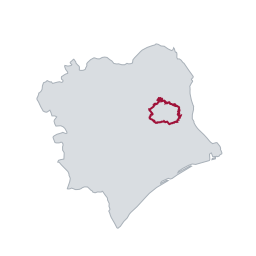 Iffou, N'zi-Comoé, Ivory Coast (highlighted), rotated 334°
{"feature_id": "98640826B12556457947993", "entity_name": "Iffou", "entity_type": "district", "adm_level": 2, "iso_a3": "CIV", "parent_name": "Ivory Coast", "parent_adm1": "N'zi-Comoé", "projection": "mercator", "projection_center": [-4.013, 7.499], "detail": "medium", "context": "in_parent", "style": "outline", "palette": "rose", "viewbox_px": 256, "rotation_deg": 334, "n_neighbors": 0, "source": "geoboundaries", "source_scale": "gbopen_adm2", "svg_char_len": 5288}
<svg xmlns="http://www.w3.org/2000/svg" viewBox="0 0 256 256"><g transform="rotate(334 128 128)"><path d="M63.1,57.5L63.9,57.5L65.9,56.9L67.8,55.5L69.5,52.7L71.9,50.3L74.5,50.5L75.3,50.1L76.2,50.0L77.3,51.5L78.4,52.7L79.2,52.7L79.8,54.9L84.6,55.8L86.7,56.4L88.4,58.0L89.0,58.0L89.8,57.7L90.3,57.1L90.4,56.5L89.7,55.1L90.0,53.8L90.8,52.7L92.0,52.6L93.9,52.3L96.1,52.2L97.7,52.5L98.3,51.3L97.7,48.1L97.8,46.3L98.1,44.8L98.7,44.1L101.1,46.0L103.3,46.7L104.8,46.8L105.3,46.4L104.6,44.3L104.8,43.7L105.4,43.4L106.4,43.2L109.2,42.3L109.5,42.5L110.0,45.7L109.7,46.8L110.3,49.0L111.1,51.1L111.0,51.9L110.4,53.2L109.7,54.4L109.8,54.8L110.9,55.6L113.0,56.5L115.2,56.6L116.4,55.4L117.7,54.5L118.6,53.6L118.9,52.3L120.3,51.4L124.3,50.2L127.9,50.0L128.8,50.4L130.5,52.2L132.6,53.4L135.8,53.3L138.1,54.0L140.1,55.4L141.5,58.4L142.9,60.7L143.6,63.8L145.9,65.5L147.7,66.2L150.2,68.5L152.8,69.7L155.4,69.4L156.6,70.6L158.6,71.4L160.6,71.5L162.3,68.9L164.6,67.8L170.4,65.7L172.7,64.8L175.0,64.2L180.6,64.0L185.8,64.6L188.4,65.1L190.1,64.7L191.8,66.0L193.5,68.6L194.9,69.5L196.4,70.4L197.5,72.4L198.7,74.5L199.4,75.4L201.0,77.4L202.3,77.5L203.6,76.6L204.2,75.9L204.4,77.3L203.9,79.5L204.0,80.8L204.8,81.3L204.4,83.0L202.8,86.0L202.8,87.7L204.3,88.3L205.4,90.1L206.1,93.3L206.7,94.3L206.8,95.0L207.9,102.6L209.2,110.3L208.4,111.3L207.2,111.6L206.4,111.9L206.2,112.6L206.7,113.7L206.4,114.6L204.9,115.3L201.7,117.7L201.5,118.7L200.6,120.8L199.9,122.0L198.8,124.4L197.2,130.6L196.5,135.7L196.5,137.3L195.8,138.4L195.1,140.0L191.6,144.3L189.8,147.9L190.0,149.5L190.1,151.1L189.6,152.2L189.7,155.2L190.1,157.8L190.7,160.2L193.3,167.3L194.6,171.6L195.4,175.0L196.1,177.3L196.8,178.3L197.1,179.1L200.8,179.8L201.6,180.3L202.6,184.8L202.4,186.8L201.7,187.6L201.7,189.3L201.5,191.4L201.0,192.3L198.9,192.4L197.5,193.2L195.6,192.9L195.4,192.3L194.4,192.1L191.6,190.9L192.0,187.0L190.8,186.9L189.7,187.4L187.8,192.1L186.8,192.9L172.9,190.4L169.9,188.5L166.2,188.1L159.9,188.3L154.7,188.9L153.2,190.0L166.4,189.4L167.8,189.5L168.4,190.2L151.8,191.7L145.5,192.7L143.6,192.4L142.2,190.9L135.3,190.7L133.8,191.2L133.0,192.3L135.7,192.1L140.0,192.0L141.1,192.9L127.7,194.0L118.4,196.1L114.5,197.6L101.5,202.7L93.6,205.1L91.5,206.0L87.9,208.5L83.3,210.1L78.1,213.0L75.0,213.7L74.3,212.8L74.2,207.8L73.7,201.1L73.9,198.6L74.3,196.2L74.3,194.2L75.9,193.5L76.3,192.6L76.6,190.0L78.0,187.7L78.1,183.6L78.5,182.7L78.8,181.6L78.2,178.9L77.4,173.8L77.0,173.5L76.6,173.7L75.8,173.8L72.5,172.1L70.0,171.8L68.3,170.2L68.1,168.5L67.3,167.5L66.7,165.6L65.8,163.3L63.3,161.9L61.0,161.6L59.3,161.9L57.4,161.8L55.2,161.0L53.6,160.2L52.2,158.5L50.8,157.2L49.8,157.3L48.5,157.0L47.2,156.4L46.8,156.0L52.1,150.7L54.0,148.1L54.2,146.5L54.2,144.9L54.8,143.3L54.9,140.8L51.9,131.7L51.2,128.9L50.4,128.1L49.9,127.8L51.4,126.6L53.5,126.9L56.7,127.8L57.3,126.9L59.8,122.3L59.7,120.6L59.5,119.4L60.9,116.3L62.0,115.1L62.6,113.8L62.4,112.0L61.5,111.3L60.4,111.4L59.1,111.0L57.1,110.0L56.0,109.1L56.3,104.9L56.5,103.6L57.2,102.9L58.4,102.7L61.5,102.5L64.1,103.0L66.3,103.3L67.5,103.3L68.5,104.5L69.8,105.8L70.9,105.8L71.3,104.8L71.1,100.7L70.3,98.6L68.6,96.5L64.1,94.7L64.0,92.2L64.5,89.5L65.4,88.5L68.8,86.8L68.2,85.8L67.1,84.8L65.0,83.8L65.5,80.6L65.6,77.7L63.8,78.0L62.0,78.2L60.5,77.3L59.2,75.6L58.9,70.7L59.0,65.1L58.7,62.6L59.2,61.3L60.8,60.1L62.5,58.5L63.1,57.5ZM193.8,192.9L193.0,194.0L189.5,193.3L190.4,192.4L193.8,192.9Z" fill="#d9dde1" stroke="#a8b0b8" stroke-width="1"/><path d="M152.2,129.8L153.4,131.0L153.7,131.9L154.4,132.4L154.7,132.9L154.1,133.3L154.3,133.9L154.9,134.6L155.1,135.4L155.6,135.5L155.9,135.9L156.3,136.1L156.6,135.8L157.3,135.9L158.4,136.6L159.3,136.8L160.1,137.2L160.9,137.0L162.9,137.9L163.4,137.6L164.0,139.1L166.0,139.5L166.7,142.4L166.9,142.7L168.9,142.7L169.9,143.1L170.2,142.9L170.8,143.1L171.6,143.4L171.8,143.1L172.2,143.0L172.6,143.2L173.3,143.1L173.7,143.3L173.9,143.7L174.3,143.7L175.0,144.1L175.2,143.4L175.8,142.7L176.5,142.5L176.9,142.7L177.0,142.2L178.1,141.3L179.1,141.5L179.5,140.9L179.3,140.5L179.4,140.3L180.3,140.7L180.5,141.0L180.4,140.6L180.9,140.0L179.8,139.9L178.9,139.3L178.7,137.6L179.0,137.3L179.6,137.6L179.8,137.9L180.3,137.7L180.6,136.6L180.2,135.9L180.2,135.3L180.6,135.2L181.4,135.3L181.8,135.1L181.9,134.9L181.1,134.6L181.1,134.3L181.8,133.5L182.3,133.3L182.3,132.9L182.8,132.3L182.9,131.8L182.8,131.2L182.1,130.5L181.8,129.7L180.8,129.4L180.0,128.8L180.1,128.4L180.8,127.9L180.5,127.1L179.8,126.8L178.7,127.3L177.9,126.0L177.8,125.6L176.5,124.9L176.4,124.2L176.6,123.4L176.3,122.9L175.9,123.1L175.7,122.9L174.0,122.9L174.0,122.2L173.4,122.0L172.7,122.1L173.2,121.3L172.6,120.9L173.0,120.1L172.6,119.3L169.5,118.6L169.6,118.3L170.8,117.9L170.8,117.7L171.4,117.0L171.4,116.6L171.2,116.5L169.8,116.8L169.3,117.2L169.1,117.2L168.9,116.5L169.0,116.2L169.6,115.6L170.0,115.6L170.1,115.3L169.6,115.2L168.9,114.6L166.8,115.8L167.4,116.6L167.7,116.7L167.5,117.7L167.0,118.1L166.3,118.1L165.4,118.6L165.2,118.9L164.3,119.0L163.9,118.9L163.5,118.4L163.0,118.6L163.0,118.1L162.4,117.9L161.9,118.5L161.2,118.6L161.3,119.3L160.2,120.0L156.0,120.8L155.3,120.5L155.1,121.6L155.7,123.1L155.9,124.7L156.2,125.2L156.2,126.3L155.7,126.6L155.3,126.5L155.1,126.2L154.3,126.1L153.6,126.6L153.3,127.4L152.1,127.8L151.9,128.5L152.0,128.5L152.2,129.8Z" fill="none" stroke="#9f1239" stroke-width="2"/></g></svg>